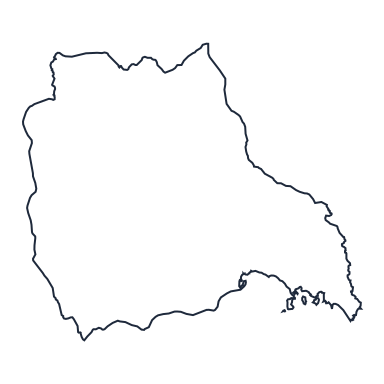 Polewali Mandar, Sulawesi Barat, Indonesia (Robinson projection)
{"feature_id": "22746128B50766380968306", "entity_name": "Polewali Mandar", "entity_type": "district", "adm_level": 2, "iso_a3": "IDN", "parent_name": "Indonesia", "parent_adm1": "Sulawesi Barat", "projection": "robinson", "projection_center": [119.26, -3.303], "detail": "fine", "context": "isolated", "style": "outline", "palette": "slate", "viewbox_px": 384, "rotation_deg": 0, "n_neighbors": 0, "source": "geoboundaries", "source_scale": "gbopen_adm2", "svg_char_len": 5927}
<svg xmlns="http://www.w3.org/2000/svg" viewBox="0 0 384 384"><path d="M84.3,340.3L87.4,336.4L91.5,332.2L92.8,329.7L93.7,329.2L95.8,329.3L98.8,327.8L101.0,328.4L102.4,329.6L103.6,329.6L104.7,329.1L107.6,326.3L112.7,322.9L117.8,320.7L119.8,321.4L125.4,322.1L131.8,325.1L137.3,326.4L141.5,329.6L144.1,329.9L144.8,329.0L148.8,327.2L152.1,320.1L155.6,316.8L158.1,315.3L163.2,314.1L168.8,313.5L174.4,311.6L177.0,311.5L180.8,311.8L186.4,313.9L193.0,315.1L206.5,309.9L208.9,309.8L213.7,310.6L215.1,309.9L217.6,306.7L218.6,301.3L220.9,297.4L226.9,293.4L230.8,291.4L240.5,289.7L244.2,286.3L245.5,284.4L245.9,282.2L245.6,280.8L243.8,281.2L242.6,285.3L241.6,285.6L240.1,287.5L239.2,286.2L239.4,281.1L240.0,280.1L239.8,279.1L241.2,281.1L241.9,280.7L240.9,278.4L241.1,276.6L242.2,274.8L243.3,274.2L243.3,273.6L243.6,274.0L244.7,273.5L244.8,274.1L245.6,274.5L247.5,274.7L248.7,273.5L249.3,273.4L249.2,273.0L249.8,272.3L251.3,271.7L251.0,271.2L251.1,270.8L252.4,271.5L255.5,270.9L259.4,272.5L261.6,272.7L263.7,274.1L265.5,274.6L268.8,277.0L269.3,276.2L271.2,275.5L273.7,275.6L275.9,276.4L278.1,278.2L279.9,280.4L282.4,281.2L284.9,283.7L286.6,286.6L289.7,289.0L290.7,293.0L292.2,294.9L293.0,295.4L293.7,295.5L294.5,294.5L294.3,293.7L294.7,293.5L293.9,293.1L294.6,293.0L293.9,292.6L294.4,292.4L294.0,292.0L294.4,291.7L295.5,292.1L295.0,292.3L295.3,292.7L296.0,292.4L297.5,294.0L297.7,293.5L296.2,291.9L295.2,290.1L295.6,289.3L298.6,288.3L299.6,287.1L300.7,286.8L301.6,288.1L301.3,289.8L302.1,291.2L306.0,290.8L307.2,291.3L309.0,292.4L309.1,293.0L310.8,294.4L310.2,295.1L311.0,295.9L314.8,297.6L315.6,297.0L316.2,297.1L316.5,296.1L317.9,295.8L317.7,294.5L316.7,294.4L317.3,294.3L319.3,292.2L321.1,291.7L321.7,291.9L321.9,292.7L324.2,293.1L323.8,294.5L323.9,300.5L323.4,301.5L325.2,300.8L326.0,301.8L325.8,302.7L326.1,303.3L327.6,303.1L328.6,302.3L331.0,305.1L332.0,308.9L332.5,305.5L332.3,305.1L333.6,303.9L335.6,303.9L338.1,305.0L343.3,310.1L350.5,321.0L351.1,319.8L352.6,320.2L353.2,319.8L352.6,318.9L352.7,318.4L353.8,318.1L354.3,317.1L353.1,315.6L354.2,314.9L355.3,315.4L356.0,315.1L356.5,311.7L357.8,309.3L358.7,308.6L361.0,308.7L359.7,307.2L360.6,305.8L360.8,302.6L359.2,301.8L357.2,299.0L355.3,298.4L355.6,296.9L354.3,295.6L352.2,294.8L351.8,294.3L351.9,292.8L351.1,292.2L351.0,291.4L352.5,291.0L353.0,287.2L351.7,286.6L351.3,286.0L351.0,284.0L350.1,282.2L350.5,280.5L349.6,280.4L348.8,279.6L347.6,276.9L347.6,275.3L349.3,274.3L349.5,273.6L349.5,271.9L348.3,270.8L348.2,270.0L348.7,268.5L348.4,266.9L348.7,265.7L350.2,265.1L350.0,263.2L347.5,260.8L346.4,258.7L346.4,253.5L346.1,252.8L345.2,252.7L345.0,252.3L345.0,250.9L345.7,250.2L345.4,249.4L345.5,248.2L344.1,247.0L342.3,246.2L341.9,244.9L342.0,244.0L343.8,243.1L344.2,241.8L345.4,241.0L345.4,240.2L344.5,239.2L344.1,237.1L343.3,237.0L339.6,232.9L337.7,228.4L337.5,227.0L336.8,226.0L330.1,223.7L328.9,222.4L325.7,220.1L325.2,218.1L326.1,215.6L329.1,216.0L331.2,215.0L331.7,214.0L331.4,213.3L330.2,213.0L329.6,211.9L329.9,211.1L329.1,210.3L328.6,210.4L328.2,209.7L328.5,209.2L326.6,206.3L326.9,204.9L321.4,202.0L315.1,203.0L313.1,199.1L309.3,194.5L307.1,193.5L304.5,193.3L299.7,191.8L296.1,190.1L290.5,186.2L285.9,185.9L281.1,183.3L277.3,183.2L273.8,179.9L273.4,178.8L272.2,177.7L264.8,173.7L261.1,169.0L258.9,168.0L258.2,167.2L254.0,166.6L253.8,165.3L252.4,162.9L248.8,159.9L248.1,158.2L247.8,155.6L247.1,154.6L246.2,151.5L245.5,147.0L246.4,144.4L246.2,142.6L247.5,140.5L245.6,133.8L245.2,126.8L244.0,123.6L242.6,122.1L240.1,116.5L238.7,115.1L233.8,111.7L231.5,110.8L226.6,103.9L224.4,89.7L225.3,84.5L225.3,78.6L219.8,70.4L209.7,57.2L208.3,53.6L208.2,43.8L206.4,43.7L202.7,44.8L200.7,48.0L196.3,50.7L194.9,52.4L192.9,53.2L188.3,56.3L183.9,60.7L181.5,65.0L177.3,65.1L175.1,68.1L172.6,69.8L165.1,72.7L163.5,71.6L161.6,69.0L157.5,65.2L156.8,62.2L155.9,60.4L155.1,59.8L153.6,59.7L152.3,59.2L151.0,57.8L147.5,57.8L144.9,56.8L143.1,57.4L142.4,58.0L141.7,60.1L136.7,65.0L135.4,65.0L133.6,64.1L131.7,64.4L128.9,67.4L128.3,69.2L127.2,69.9L123.6,69.5L121.8,67.5L121.2,66.1L120.8,66.0L119.4,67.5L118.6,66.5L118.7,65.6L108.5,55.3L107.7,53.6L106.4,52.9L104.5,52.5L101.9,53.1L97.1,52.8L85.9,53.3L71.9,56.7L65.5,56.3L62.9,55.4L59.5,52.9L57.6,52.8L55.8,54.2L55.1,55.9L54.0,57.3L54.4,58.1L55.6,58.5L55.8,59.1L54.2,59.4L52.9,61.6L51.3,62.5L50.4,65.3L51.4,68.6L52.3,69.2L51.8,70.3L52.7,71.0L52.8,72.2L53.5,72.5L53.7,74.5L52.7,75.9L54.5,78.6L52.1,84.8L52.4,85.4L54.5,86.5L55.0,87.8L55.1,89.0L54.2,91.2L54.0,94.0L53.5,94.8L54.5,95.4L54.3,96.3L54.7,97.0L54.6,99.3L53.2,99.9L52.1,99.3L48.9,98.8L34.4,104.1L31.7,106.0L30.4,106.3L28.8,107.8L26.1,111.9L23.6,119.2L23.0,121.6L23.2,124.4L25.7,131.0L27.9,135.4L31.7,140.2L31.9,143.1L29.2,151.2L29.4,153.9L32.9,173.2L33.0,176.3L35.3,183.0L36.3,188.7L35.6,191.8L31.6,195.2L30.0,197.9L27.5,205.6L27.1,208.0L28.2,213.0L30.7,220.3L31.5,224.8L32.0,232.1L32.5,233.5L35.2,236.4L35.3,238.1L34.5,245.3L34.4,249.6L35.4,254.4L33.0,258.8L33.2,260.5L42.8,273.0L44.4,275.6L47.3,278.9L52.7,288.0L54.0,296.6L55.7,298.3L55.8,299.5L57.4,300.5L57.9,302.1L59.1,304.0L61.7,315.1L63.2,316.0L63.2,317.3L64.0,318.5L65.8,318.9L68.3,318.4L70.7,317.4L72.4,317.3L73.9,319.3L77.6,326.0L78.1,332.1L78.6,332.6L80.3,332.4L80.7,332.7L80.6,333.4L81.7,337.0L83.0,339.4L84.3,340.3ZM292.0,298.0L290.6,298.4L290.0,299.1L288.0,299.3L287.1,300.6L287.5,302.2L287.4,306.6L287.9,309.0L288.4,309.3L292.4,308.9L293.5,307.5L293.3,306.7L291.1,304.4L292.0,302.3L292.2,300.1L292.6,299.6L292.6,298.9L292.0,298.0ZM319.0,299.9L318.3,298.3L316.7,298.0L315.7,299.7L314.1,300.2L313.9,301.4L312.9,302.4L315.7,303.6L316.4,304.8L318.1,303.1L319.0,299.9ZM303.1,296.5L302.2,298.0L302.2,300.2L303.2,301.7L303.7,303.5L305.1,304.3L305.6,303.7L305.7,301.8L306.1,301.5L305.5,300.2L305.3,297.4L303.1,296.5ZM284.6,310.7L285.3,309.9L283.3,310.7L282.9,311.3L284.0,310.9L284.8,311.4L285.0,311.2L284.6,310.7ZM295.0,298.0L294.4,297.2L294.0,297.2L294.4,298.8L294.9,298.8L295.0,298.0Z" fill="none" stroke="#1e293b" stroke-width="2"/></svg>